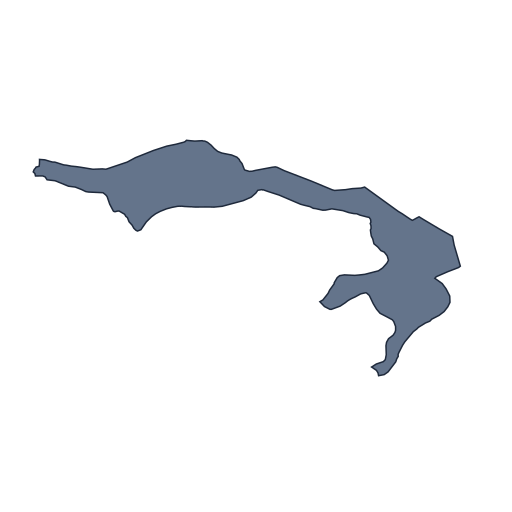 Nahualá, Sololá, Guatemala (Equal Earth projection), rotated 76°
{"feature_id": "79465075B99753253329912", "entity_name": "Nahualá", "entity_type": "district", "adm_level": 2, "iso_a3": "GTM", "parent_name": "Guatemala", "parent_adm1": "Sololá", "projection": "equal_earth", "projection_center": [-91.386, 14.735], "detail": "fine", "context": "isolated", "style": "filled", "palette": "slate", "viewbox_px": 512, "rotation_deg": 76, "n_neighbors": 0, "source": "geoboundaries", "source_scale": "gbopen_adm2", "svg_char_len": 3148}
<svg xmlns="http://www.w3.org/2000/svg" viewBox="0 0 512 512"><g transform="rotate(76 256 256)"><path d="M175.0,214.1L174.2,215.7L173.8,219.0L172.8,235.9L172.8,239.3L172.2,242.2L171.7,242.9L170.0,245.9L169.2,246.4L162.9,247.2L159.7,248.7L158.3,248.9L155.5,250.6L152.1,255.2L150.7,258.2L147.8,264.3L145.2,267.9L141.5,270.6L137.5,272.8L136.9,273.3L133.9,275.6L132.1,277.9L131.6,279.6L131.1,280.3L129.7,287.6L128.4,291.4L126.9,295.5L127.8,296.9L128.1,298.4L128.2,306.6L127.8,316.0L128.8,329.9L131.4,349.2L133.7,358.2L135.5,380.6L134.3,384.0L132.4,393.2L129.2,400.6L127.2,405.3L126.3,407.5L125.7,409.0L124.1,413.5L122.1,417.8L121.1,420.5L116.5,428.0L116.1,428.9L115.9,429.8L115.6,430.7L114.4,432.9L111.9,437.1L111.6,437.7L111.2,438.8L110.2,441.8L109.9,442.7L110.9,442.9L114.7,444.0L116.5,444.8L116.5,447.9L117.4,448.8L118.4,450.3L120.5,451.8L122.4,450.6L125.0,450.6L126.7,443.6L128.2,441.5L131.5,440.3L134.4,432.7L142.9,421.1L145.4,414.7L149.3,409.2L152.3,405.6L153.4,403.1L157.6,389.1L160.4,387.0L162.3,386.1L170.3,385.4L177.7,383.6L178.2,383.3L178.7,382.6L179.0,381.6L178.9,380.4L179.0,378.9L179.3,377.9L183.7,373.4L186.1,372.7L187.6,371.5L192.1,370.9L196.0,368.8L199.6,367.8L202.0,366.3L203.1,365.0L202.7,361.4L196.4,354.2L192.6,347.8L190.7,343.1L189.5,338.1L188.6,331.5L188.5,325.8L188.8,320.2L189.1,318.5L189.5,317.0L189.7,316.0L190.7,313.3L192.3,308.0L192.7,306.4L193.1,305.4L193.8,303.1L196.9,290.3L198.4,284.9L199.6,276.8L199.2,255.0L197.7,246.3L194.9,240.9L192.7,238.4L193.0,234.2L193.5,233.7L193.5,233.0L196.1,229.1L202.5,218.8L213.5,204.3L216.6,200.2L218.6,196.6L221.2,191.6L223.6,188.9L224.5,186.6L227.7,180.2L228.3,177.4L228.6,171.0L233.0,160.7L236.3,155.5L238.5,150.9L239.4,148.0L241.5,145.2L244.9,139.0L245.9,136.9L248.1,136.0L250.9,136.3L252.1,137.3L254.4,137.1L257.2,137.7L258.4,138.7L261.0,139.0L264.5,139.3L267.6,138.6L272.7,138.6L276.6,135.7L281.0,133.5L283.3,130.6L287.5,128.7L292.1,128.5L294.6,130.7L298.2,136.0L300.0,140.8L300.1,154.8L299.4,160.3L298.7,164.8L295.7,174.8L295.3,179.6L296.6,182.4L300.9,186.6L301.8,186.8L306.9,192.8L309.7,195.1L314.8,201.7L315.8,205.1L321.6,201.8L325.6,197.2L326.0,195.8L325.0,186.5L323.5,182.3L322.9,180.6L321.7,178.0L320.9,175.5L320.3,173.1L319.7,169.7L318.1,163.7L318.1,161.2L318.2,158.5L318.6,157.7L321.7,155.6L330.5,153.8L333.5,152.9L336.7,151.9L341.6,149.5L346.9,143.5L350.9,139.1L353.0,138.2L358.1,137.6L361.8,138.5L363.8,139.7L366.0,142.1L368.3,147.4L371.3,150.2L374.5,151.6L383.3,153.5L387.8,155.6L389.3,158.0L389.9,165.4L391.7,170.7L396.1,166.8L398.9,165.9L401.8,166.0L402.1,160.3L400.4,155.9L392.5,146.0L389.8,144.3L387.8,142.3L385.8,141.9L384.1,140.6L378.0,135.3L375.2,132.3L367.5,121.7L365.7,117.6L364.5,115.7L362.0,107.9L361.3,103.1L359.8,100.7L357.9,92.7L355.4,86.9L351.7,82.2L347.9,79.0L341.7,77.7L334.0,79.5L327.8,82.0L320.9,87.9L319.7,86.1L317.6,73.6L316.2,62.2L315.3,60.2L293.3,61.1L284.5,60.6L273.8,71.9L261.0,84.8L257.4,88.3L257.9,90.5L258.9,94.2L259.2,95.7L257.7,97.3L255.3,99.5L250.5,103.8L247.1,107.2L215.4,133.9L215.5,137.7L213.9,146.3L213.3,153.0L211.4,163.9L210.3,165.9L196.7,184.2L180.0,208.0L175.0,214.1Z" fill="#64748b" stroke="#1e293b" stroke-width="1.5"/></g></svg>